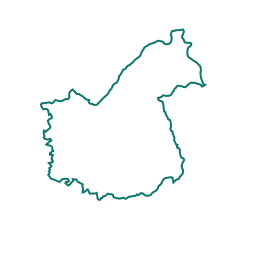 Hidrolândia, Goiás, Brazil (orthographic projection), rotated 156°
{"feature_id": "56859067B83720633182339", "entity_name": "Hidrolândia", "entity_type": "district", "adm_level": 2, "iso_a3": "BRA", "parent_name": "Brazil", "parent_adm1": "Goiás", "projection": "orthographic", "projection_center": [-49.268, -17.006], "detail": "fine", "context": "isolated", "style": "outline", "palette": "teal", "viewbox_px": 256, "rotation_deg": 156, "n_neighbors": 0, "source": "geoboundaries", "source_scale": "gbopen_adm2", "svg_char_len": 4543}
<svg xmlns="http://www.w3.org/2000/svg" viewBox="0 0 256 256"><g transform="rotate(156 128 128)"><path d="M89.5,77.2L91.4,79.6L91.1,81.7L90.9,83.2L90.4,85.2L89.5,86.7L89.7,89.0L91.0,89.9L90.9,91.2L89.7,92.3L90.7,93.4L90.8,95.7L90.9,98.1L89.5,100.1L89.6,101.6L89.3,103.7L89.5,105.1L88.8,106.6L89.5,107.8L89.7,109.7L87.9,112.1L87.3,114.1L86.7,116.0L86.4,118.1L87.8,119.8L87.5,121.4L87.9,123.8L87.8,125.8L87.4,127.3L88.3,128.5L87.8,130.2L86.7,133.5L86.1,135.4L85.8,137.7L86.7,139.1L87.8,139.9L88.8,141.6L88.3,143.3L86.6,142.9L84.7,142.8L82.6,143.6L80.3,142.0L78.3,141.0L76.8,140.7L75.1,140.9L73.7,141.8L72.7,142.7L71.1,143.3L69.4,145.0L68.0,145.2L66.3,146.3L64.7,146.1L62.9,145.0L61.4,143.8L60.4,142.7L59.1,142.0L57.1,142.4L55.9,143.2L51.7,143.8L50.3,142.8L48.3,142.0L46.6,140.1L44.9,139.0L43.9,137.8L43.6,135.8L42.1,135.8L40.0,136.0L41.3,137.5L41.1,141.4L41.1,142.8L40.8,144.7L40.2,146.5L39.8,147.9L38.8,149.8L37.8,151.5L37.1,153.4L37.0,155.8L37.8,157.0L38.1,158.9L39.1,160.2L39.9,161.7L41.2,163.7L42.2,165.5L43.0,166.7L43.9,167.8L44.0,169.5L43.7,171.1L43.2,172.7L42.1,174.5L41.3,175.9L40.0,177.0L38.1,177.3L36.2,178.4L36.1,180.1L37.6,181.0L40.3,182.3L41.4,183.4L41.1,185.9L41.7,187.8L41.5,189.8L39.7,191.0L38.8,192.3L37.7,193.4L37.7,195.6L39.4,196.0L41.9,196.7L44.4,197.8L45.9,197.9L48.7,198.5L51.0,195.7L51.1,193.5L51.7,192.2L52.4,190.8L53.8,189.1L55.9,188.2L57.9,188.5L59.5,189.2L60.7,190.7L60.9,192.4L62.5,193.8L64.2,194.9L65.4,195.6L66.6,195.4L69.3,195.2L71.0,195.4L73.1,195.7L74.9,195.7L76.5,195.3L78.2,195.3L79.5,195.0L80.8,194.5L82.2,193.3L83.7,192.5L85.2,191.2L86.6,189.8L88.5,188.5L90.6,188.2L93.5,187.5L94.9,187.1L96.8,186.0L99.0,185.5L100.5,184.9L102.6,185.0L104.3,184.3L106.5,183.1L107.7,183.1L109.1,183.1L110.1,181.9L111.8,180.8L113.3,179.7L115.1,179.0L116.0,177.4L117.0,176.3L118.0,175.4L120.4,173.8L122.7,173.9L124.6,173.0L125.8,171.8L127.4,170.5L129.1,169.9L131.2,168.2L132.9,167.2L135.4,166.3L136.8,165.8L138.2,165.6L140.1,164.7L141.7,163.9L143.6,163.3L145.0,162.7L146.5,161.9L150.0,163.0L150.6,164.3L151.9,165.1L153.2,166.3L153.3,168.1L152.0,169.3L153.5,170.3L154.9,171.5L155.3,172.7L155.8,173.9L156.7,175.7L158.2,177.5L158.7,178.8L160.8,179.7L161.6,181.5L161.9,182.8L162.9,185.7L164.5,185.4L166.0,184.8L167.2,183.9L168.1,182.7L168.8,180.3L170.9,178.8L173.2,179.8L174.8,179.8L176.8,179.5L178.8,179.9L180.3,180.9L182.0,182.2L182.9,183.1L184.8,182.3L185.9,181.6L188.0,181.7L189.3,183.3L190.4,183.8L193.4,184.3L194.7,185.0L196.8,185.5L198.0,184.9L198.3,182.7L198.0,180.2L197.2,179.3L195.9,179.0L194.5,178.4L193.8,176.9L194.3,174.3L194.8,172.1L193.2,172.4L192.8,169.8L193.6,168.1L196.0,168.1L198.3,167.2L198.6,165.6L198.3,161.3L198.9,160.0L200.7,159.2L202.4,158.9L203.7,158.6L205.1,158.1L205.8,159.7L206.9,158.4L207.5,156.0L207.5,154.6L208.8,153.5L208.5,152.1L206.5,150.5L205.4,149.9L203.4,149.7L203.1,147.8L205.1,147.6L206.6,147.0L209.3,146.2L208.3,144.9L207.1,144.2L206.2,143.4L205.1,141.4L205.7,139.6L205.8,137.4L207.1,137.7L208.2,136.6L209.6,136.7L210.1,135.4L208.7,134.6L207.7,133.8L209.4,132.3L210.5,130.1L210.0,128.5L210.8,127.4L212.8,127.9L214.5,128.2L213.8,126.0L213.4,124.4L214.6,123.7L216.3,123.3L216.4,121.2L217.9,120.6L217.6,119.3L218.6,118.4L219.9,117.6L219.3,114.8L219.1,113.3L218.2,112.4L216.9,111.2L216.0,110.2L214.9,109.2L214.0,108.1L212.4,106.5L211.1,107.1L209.1,107.9L207.2,107.6L205.4,106.9L203.5,105.6L203.6,103.5L205.1,103.2L206.6,103.9L207.6,103.1L206.8,101.3L205.9,99.8L204.1,100.0L202.6,100.8L201.0,101.4L199.3,102.4L199.2,103.7L197.9,102.7L196.2,102.1L195.9,100.5L195.7,99.3L194.8,98.2L194.0,97.0L192.3,95.0L193.5,92.8L194.0,90.2L195.0,88.8L195.7,87.5L193.5,87.3L192.0,87.9L189.8,88.3L189.7,86.2L189.7,83.6L188.0,83.0L186.4,82.3L185.0,81.6L183.0,81.4L184.5,75.7L183.7,74.2L182.4,73.8L181.2,74.8L179.9,74.6L178.3,75.7L176.6,75.1L175.0,75.7L173.0,76.2L171.6,74.8L169.9,74.2L169.0,73.1L169.3,71.8L169.1,70.4L168.0,69.6L167.3,68.6L165.9,68.1L164.8,67.0L163.2,66.7L161.9,66.3L160.5,66.2L159.7,64.9L158.7,64.2L157.1,64.4L154.9,64.8L152.9,64.1L151.2,63.9L149.6,63.3L148.0,63.1L146.8,63.7L145.7,62.5L144.3,62.7L142.9,63.3L141.2,62.4L140.4,60.9L139.7,59.5L138.3,58.4L136.3,57.7L134.6,57.5L133.3,58.3L131.6,59.0L129.8,59.2L128.1,59.3L126.1,60.1L124.6,61.5L123.2,62.7L121.3,63.1L119.7,64.1L118.7,64.9L117.6,65.9L115.9,66.9L114.1,67.0L112.8,66.6L111.6,66.4L109.8,66.0L108.7,65.4L107.6,64.7L108.7,59.8L106.9,60.4L105.4,61.0L103.7,61.1L101.9,60.9L100.6,62.4L98.5,63.1L96.4,64.3L95.4,65.7L94.8,67.0L94.9,69.2L94.6,71.1L93.5,72.7L92.0,74.3L90.2,75.4L89.5,77.2Z" fill="none" stroke="#0f766e" stroke-width="2"/></g></svg>